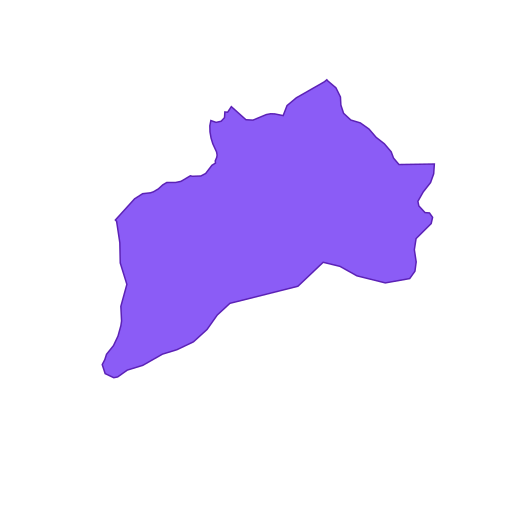 Ordu, Robinson projection, rotated 313°
{"feature_id": "TUR-2293", "entity_name": "Ordu", "entity_type": "Province", "adm_level": 1, "iso_a3": "TUR", "parent_name": "Turkey", "parent_adm1": "", "projection": "robinson", "projection_center": [37.565, 40.74], "detail": "fine", "context": "isolated", "style": "filled", "palette": "violet", "viewbox_px": 512, "rotation_deg": 313, "n_neighbors": 0, "source": "natural_earth", "source_scale": "10m", "svg_char_len": 1338}
<svg xmlns="http://www.w3.org/2000/svg" viewBox="0 0 512 512"><g transform="rotate(313 256 256)"><path d="M186.4,128.6L215.1,128.2L224.3,130.6L230.2,135.7L233.0,137.2L238.4,138.8L244.4,139.3L248.9,140.6L255.0,147.1L259.4,150.2L269.9,153.3L270.9,155.1L276.9,161.1L282.0,162.9L292.3,161.9L296.3,163.0L297.8,161.3L301.4,160.0L303.3,158.7L305.2,156.2L308.6,147.9L311.6,142.7L315.4,137.7L319.8,133.4L324.3,130.6L326.5,135.7L330.8,138.6L335.7,138.6L340.1,135.0L341.8,137.2L348.4,136.1L348.8,155.7L353.3,161.1L366.5,167.1L370.0,169.7L372.7,172.8L377.2,180.1L387.2,176.1L399.2,177.6L430.1,187.2L433.2,187.6L433.0,188.8L433.5,199.8L429.9,209.3L424.3,215.1L420.1,222.7L420.1,232.6L424.5,241.5L425.9,252.1L424.7,262.9L425.6,273.4L424.4,283.8L421.4,289.8L420.4,298.2L444.9,323.7L437.3,329.9L428.7,333.6L416.9,334.6L406.4,337.1L403.7,340.9L403.0,350.0L405.8,353.5L404.7,358.8L399.2,362.0L377.9,361.2L368.6,367.5L360.9,377.2L353.3,382.6L344.3,383.8L324.5,368.9L310.3,343.3L305.7,324.5L297.2,309.4L262.5,307.3L203.6,269.2L186.4,267.9L168.9,270.3L150.6,268.8L133.6,262.1L120.4,254.5L98.9,247.8L84.8,239.7L73.2,237.3L70.0,235.0L67.1,225.9L71.7,217.6L77.1,216.1L82.2,213.7L93.2,212.9L103.3,209.7L112.9,204.7L116.8,202.0L127.0,191.5L147.2,180.9L158.3,161.5L172.8,147.4L186.3,130.4L186.4,128.6Z" fill="#8b5cf6" stroke="#5b21b6" stroke-width="1.5"/></g></svg>